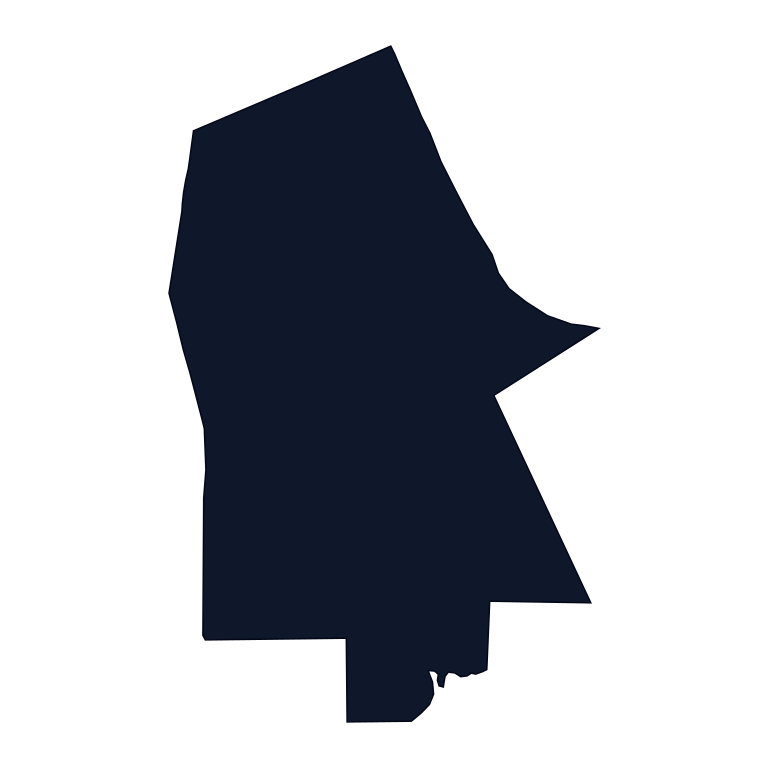 the district of Ta Khmau, Kândal, Cambodia
{"feature_id": "14789045B91886008467417", "entity_name": "Ta Khmau", "entity_type": "district", "adm_level": 2, "iso_a3": "KHM", "parent_name": "Cambodia", "parent_adm1": "Kândal", "projection": "natural_earth1", "projection_center": [104.946, 11.457], "detail": "fine", "context": "isolated", "style": "filled", "palette": "ink", "viewbox_px": 768, "rotation_deg": 0, "n_neighbors": 0, "source": "geoboundaries", "source_scale": "gbopen_adm2", "svg_char_len": 871}
<svg xmlns="http://www.w3.org/2000/svg" viewBox="0 0 768 768"><path d="M411.4,721.2L421.4,712.8L429.5,704.4L433.6,694.2L432.5,682.0L428.1,670.5L434.7,671.1L438.3,674.3L437.4,680.3L439.1,685.9L443.3,687.0L445.0,676.5L448.3,672.1L455.0,673.0L460.7,676.7L467.0,675.9L471.2,673.2L475.8,674.1L482.4,671.7L486.8,669.6L489.7,601.2L590.8,602.8L585.4,591.3L493.8,395.4L599.0,328.4L584.5,325.7L571.0,324.1L547.4,315.7L525.8,301.8L509.0,288.6L498.4,273.2L492.1,254.6L473.2,224.4L456.6,192.5L441.0,161.7L430.0,133.3L421.5,116.7L410.5,90.6L402.2,71.9L394.7,54.1L390.8,46.1L304.7,83.5L193.5,130.8L189.5,160.5L188.3,168.9L185.7,180.2L183.6,192.3L182.3,204.0L181.9,211.4L169.0,293.2L176.7,322.6L183.3,349.8L190.1,373.4L202.8,422.3L204.3,428.7L205.9,469.7L203.7,498.2L202.9,635.4L205.3,639.9L346.3,638.2L347.1,721.9L411.4,721.2Z" fill="#0f172a" stroke="#020617" stroke-width="1.5"/></svg>